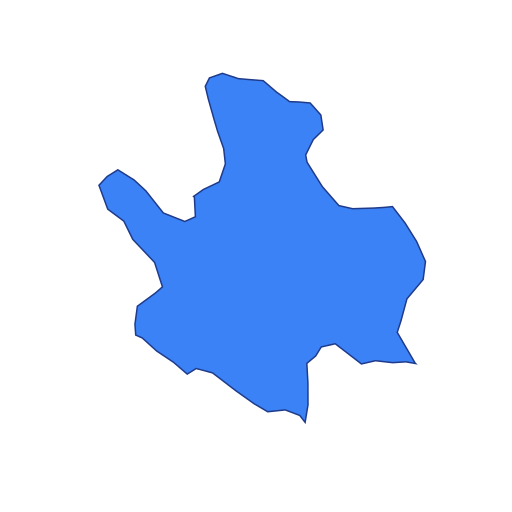 the district of Skövde, Västra Götaland, Sweden, rotated 58°
{"feature_id": "70781695B28625719623637", "entity_name": "Skövde", "entity_type": "district", "adm_level": 2, "iso_a3": "SWE", "parent_name": "Sweden", "parent_adm1": "Västra Götaland", "projection": "natural_earth1", "projection_center": [13.916, 58.441], "detail": "fine", "context": "isolated", "style": "filled", "palette": "blue", "viewbox_px": 512, "rotation_deg": 58, "n_neighbors": 0, "source": "geoboundaries", "source_scale": "gbopen_adm2", "svg_char_len": 1136}
<svg xmlns="http://www.w3.org/2000/svg" viewBox="0 0 512 512"><g transform="rotate(58 256 256)"><path d="M319.7,376.9L319.7,366.4L332.1,354.8L360.1,344.3L380.3,335.9L394.3,328.6L402.0,312.8L414.4,303.4L423.1,302.5L409.8,290.8L391.1,279.2L374.0,269.8L372.4,258.3L367.7,248.9L372.4,235.3L403.4,223.8L408.1,210.2L418.9,196.6L425.1,185.1L431.7,177.7L431.3,177.8L395.6,176.7L387.8,167.4L372.3,150.7L364.5,126.7L350.5,115.2L328.8,112.1L307.1,112.1L286.4,114.1L283.0,121.0L278.0,130.3L267.1,149.0L257.2,159.0L232.3,163.0L203.5,163.0L196.6,160.3L187.6,145.7L184.7,132.3L170.8,126.3L154.9,129.0L147.9,138.3L142.9,145.7L131.3,150.3L128.0,151.7L111.1,157.0L103.2,167.7L96.2,177.0L83.3,187.7L80.3,201.1L85.2,209.1L86.1,209.4L97.1,213.1L118.0,219.2L129.9,222.5L147.8,226.5L161.7,233.2L173.7,247.9L171.7,265.4L172.4,277.4L173.5,277.1L190.6,286.6L189.0,298.1L170.4,311.8L142.4,314.9L126.9,319.1L109.7,327.5L109.7,340.1L112.8,351.7L137.7,356.9L156.4,349.6L176.6,351.7L207.7,345.4L232.6,351.7L234.1,361.1L235.7,383.2L249.7,394.8L259.3,399.9L265.2,395.9L283.9,390.6L302.6,382.2L319.7,376.9Z" fill="#3b82f6" stroke="#1e3a8a" stroke-width="1.5"/></g></svg>